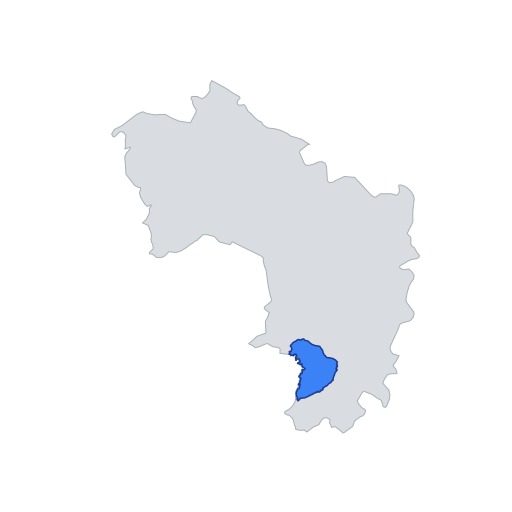 location of Macenta, Macenta, Guinea, rotated 26°
{"feature_id": "49546643B89321000346935", "entity_name": "Macenta", "entity_type": "district", "adm_level": 2, "iso_a3": "GIN", "parent_name": "Guinea", "parent_adm1": "Macenta", "projection": "albers", "projection_center": [-9.435, 8.32], "detail": "fine", "context": "in_parent", "style": "filled", "palette": "blue", "viewbox_px": 512, "rotation_deg": 26, "n_neighbors": 0, "source": "geoboundaries", "source_scale": "gbopen_adm2", "svg_char_len": 8396}
<svg xmlns="http://www.w3.org/2000/svg" viewBox="0 0 512 512"><g transform="rotate(26 256 256)"><path d="M309.2,330.1L305.4,329.6L303.7,330.3L298.6,336.3L295.5,338.7L290.8,337.9L289.0,338.3L287.8,337.7L289.5,334.4L292.0,327.8L298.3,321.3L298.4,319.9L295.9,316.0L293.2,310.8L293.2,305.2L292.7,301.1L287.2,300.0L286.2,299.3L286.0,297.9L289.2,290.9L289.4,289.5L289.0,288.2L285.6,284.6L280.4,278.0L271.3,264.3L268.0,261.4L264.7,257.3L263.5,254.6L260.1,253.7L228.4,253.7L227.8,257.2L216.9,259.5L210.1,256.7L202.7,258.3L199.0,260.1L196.1,268.0L194.5,269.7L192.9,273.2L191.4,275.2L189.7,279.1L186.1,284.6L182.3,288.2L176.0,290.1L173.9,296.0L172.4,298.1L170.0,299.8L167.3,300.9L162.1,299.7L159.2,300.8L158.7,299.3L160.4,294.7L159.1,292.2L154.2,287.3L153.7,285.0L152.2,282.0L145.7,275.7L139.6,276.0L141.4,270.8L141.4,263.9L139.3,260.1L139.9,256.2L138.7,256.4L136.7,259.1L133.4,258.2L126.7,254.0L123.4,250.0L123.1,246.6L122.3,245.2L120.3,245.9L116.1,245.8L103.4,239.6L94.5,224.3L94.4,220.8L95.8,215.0L95.5,213.3L91.3,217.2L90.5,214.6L87.4,208.4L86.5,204.9L83.5,203.3L81.1,203.0L79.1,204.1L76.6,211.2L74.7,211.2L72.8,209.6L73.3,204.3L78.3,197.7L86.7,181.0L89.7,177.2L91.5,175.9L95.4,175.8L103.0,173.6L112.3,168.5L119.4,169.0L127.8,168.5L138.7,165.0L139.0,153.7L138.6,151.2L134.8,148.9L132.5,146.9L130.6,144.4L128.3,142.6L128.4,140.7L133.3,138.4L137.7,138.4L139.2,137.5L140.3,135.9L141.6,131.9L142.1,127.6L139.2,121.8L139.4,117.7L155.4,118.5L164.2,119.7L171.3,120.1L172.5,121.0L171.4,125.0L172.3,127.3L174.8,128.0L178.8,125.2L180.9,125.9L185.4,129.4L189.5,130.3L194.1,132.2L198.3,133.3L202.2,133.2L205.0,135.1L210.3,135.8L217.3,133.4L222.7,132.3L230.3,132.1L234.3,133.0L245.9,131.1L255.0,132.2L253.5,133.5L249.3,142.5L249.8,144.1L259.0,151.8L261.2,152.4L263.8,151.4L267.8,147.9L270.9,144.1L274.0,142.2L277.5,142.3L280.3,145.0L286.8,156.4L288.5,157.8L290.1,157.8L293.0,155.7L294.5,153.2L300.6,145.8L310.1,142.1L332.5,150.7L335.8,151.3L337.8,150.7L340.5,145.6L349.0,141.3L353.1,140.1L355.4,140.0L356.3,138.6L356.7,136.5L356.3,134.4L353.6,130.5L353.6,129.4L355.0,128.7L358.3,128.1L362.4,128.5L367.1,130.1L371.0,132.5L373.2,135.4L377.4,147.3L382.1,156.7L382.0,169.3L384.1,170.5L386.4,171.1L387.4,172.1L389.8,177.2L391.9,178.7L394.5,179.1L399.4,182.4L402.5,183.7L403.0,184.7L402.9,186.1L401.7,187.8L397.0,191.3L394.6,194.3L389.9,201.4L389.7,202.7L390.7,203.7L392.7,203.9L394.8,203.4L399.2,200.7L402.7,201.7L406.1,203.6L407.3,205.7L407.6,208.4L406.9,211.9L406.8,215.8L407.9,222.5L409.7,229.1L411.4,231.5L422.6,237.3L423.7,239.5L424.2,242.0L423.4,245.4L422.3,247.3L416.2,252.5L415.3,255.0L415.8,259.6L416.3,279.1L418.7,282.3L421.6,284.0L428.3,283.0L428.1,288.5L427.2,294.5L431.2,296.4L433.1,298.2L434.2,299.9L428.1,303.2L426.3,305.1L425.4,310.1L425.7,314.8L434.0,318.1L437.2,322.0L438.7,326.1L439.2,333.8L438.5,335.5L436.3,335.6L432.1,330.9L425.6,330.4L420.8,329.6L412.8,330.2L411.4,331.6L410.5,341.8L412.5,343.5L416.3,345.4L418.8,346.2L420.9,346.0L422.5,347.2L422.8,350.6L421.8,353.1L419.7,355.4L417.0,361.3L417.6,366.7L413.1,375.3L411.8,377.0L405.8,375.3L401.9,374.7L399.1,376.9L395.2,373.6L394.4,371.0L393.0,370.4L390.4,370.4L388.0,371.9L386.9,374.6L386.4,380.1L382.0,385.4L378.9,391.9L375.3,391.3L374.6,392.1L370.8,393.8L367.5,394.3L366.6,392.5L364.7,391.1L362.6,388.4L360.2,386.1L355.6,384.5L353.8,385.2L351.6,385.1L350.2,384.2L350.4,382.8L352.8,379.4L354.2,376.3L354.9,372.9L354.9,369.6L353.6,365.1L351.5,361.4L351.0,359.3L351.3,356.3L350.8,353.5L350.1,352.1L349.1,346.8L347.9,345.8L347.2,341.6L347.4,337.2L345.7,335.6L342.8,334.4L341.2,332.7L340.2,330.8L339.2,330.2L338.3,330.3L337.5,331.5L336.6,331.8L335.0,327.7L334.3,327.5L333.1,328.5L320.2,333.0L318.5,329.1L316.0,328.4L311.7,330.0L309.2,330.1Z" fill="#d9dde1" stroke="#a8b0b8" stroke-width="1"/><path d="M375.4,315.6L374.6,315.3L373.9,315.0L372.8,314.6L371.3,314.6L370.1,314.4L368.5,314.9L367.6,315.1L366.4,315.3L365.2,316.0L364.5,316.1L363.4,316.0L362.7,315.8L362.2,315.3L360.6,315.0L359.6,314.1L358.1,312.8L357.3,311.7L356.0,310.9L354.6,310.4L353.2,309.4L351.7,309.5L349.2,310.4L346.5,310.8L345.1,310.9L342.7,310.5L340.6,309.8L340.0,309.7L338.7,309.8L337.9,310.3L337.3,310.3L336.4,310.2L335.3,309.6L334.3,310.3L333.6,310.9L333.2,311.9L332.9,312.0L332.2,312.1L331.8,312.1L331.3,312.3L330.7,312.5L330.5,313.0L330.2,313.1L329.8,313.6L329.6,313.9L329.4,314.3L329.2,315.2L328.6,315.7L328.3,315.9L328.0,316.4L327.6,317.2L327.2,317.8L327.0,318.6L326.9,319.2L326.7,319.9L326.4,320.8L326.3,321.3L326.4,321.9L326.8,322.2L327.3,322.2L327.7,322.5L328.0,322.7L328.4,323.1L328.7,323.4L329.1,324.0L329.2,324.4L329.0,324.7L329.1,325.5L329.2,326.3L329.0,326.7L328.5,326.9L328.1,327.0L327.9,327.3L328.3,327.6L328.6,327.8L328.8,328.1L328.5,328.6L328.6,328.8L328.6,329.1L328.7,329.4L328.8,329.6L329.1,329.7L329.6,329.6L329.9,329.5L330.0,329.4L330.3,329.4L330.9,329.9L330.9,330.0L331.0,330.1L331.4,329.6L331.5,329.5L331.7,329.4L333.2,329.3L333.4,329.2L333.6,329.0L333.6,328.9L333.6,328.6L333.4,328.5L333.4,328.2L333.2,328.2L333.3,327.8L333.4,327.7L333.5,327.6L333.7,327.8L333.8,327.8L333.9,327.7L334.3,327.3L334.4,327.0L334.7,326.9L334.9,326.9L335.4,326.9L335.7,327.1L336.1,327.9L336.6,328.4L336.6,328.6L336.5,328.8L336.3,329.1L336.1,329.7L336.2,330.1L337.2,331.3L337.4,332.1L337.5,332.2L337.9,332.0L338.0,330.7L338.1,330.4L338.4,330.1L338.8,329.9L339.8,329.8L340.3,330.0L340.7,330.5L341.7,331.2L342.0,331.5L342.1,331.9L341.7,332.2L341.6,332.4L341.6,332.5L341.2,332.8L340.6,333.4L340.4,333.9L340.5,334.3L341.1,334.3L341.6,334.1L342.2,334.1L342.7,334.1L343.1,334.1L343.5,334.0L343.7,333.7L343.9,333.5L344.1,333.0L344.2,332.9L344.4,332.8L344.5,332.9L344.8,333.2L344.8,333.3L344.9,333.8L345.1,334.0L345.3,334.3L346.2,335.0L346.7,335.3L349.0,335.5L349.3,335.7L349.5,335.9L349.5,336.1L349.5,336.3L349.3,336.7L349.3,336.8L349.0,337.1L348.9,337.3L347.6,338.0L347.3,338.2L347.6,338.5L348.3,339.0L348.3,339.3L348.1,340.0L348.2,340.3L348.4,340.5L348.6,340.7L348.8,340.8L348.9,341.2L348.9,341.3L347.5,342.4L347.5,342.6L347.9,343.0L347.8,344.1L347.7,344.3L347.5,344.5L347.4,344.7L347.3,344.8L347.3,345.2L347.4,345.6L347.6,345.8L348.1,345.6L348.3,345.7L348.6,346.1L348.9,346.1L349.3,346.0L349.9,346.1L350.0,346.2L350.1,346.3L350.3,347.0L350.2,347.9L350.2,348.2L350.4,348.3L350.5,348.4L350.4,349.4L350.6,350.0L350.9,350.3L350.9,350.5L351.0,350.6L351.1,350.8L351.1,351.1L350.8,351.7L350.7,352.0L350.4,352.3L350.3,352.6L350.3,352.8L350.5,353.0L351.3,352.5L351.8,352.3L352.0,352.3L352.0,352.6L351.9,352.8L351.8,353.4L351.9,353.6L352.3,353.8L352.3,354.0L352.3,354.7L352.8,355.4L352.8,355.6L352.8,356.1L352.7,356.1L352.2,356.5L351.7,357.3L351.9,358.5L352.1,359.0L351.8,359.8L352.2,361.1L352.2,361.6L352.5,362.2L352.8,362.4L353.0,362.9L353.0,363.0L353.6,363.5L353.8,364.3L354.0,364.4L354.0,364.5L354.4,364.6L354.9,364.6L355.4,365.0L355.6,365.8L355.5,366.0L355.9,366.1L355.9,366.3L355.9,366.6L355.8,366.8L355.9,367.0L356.3,367.1L356.6,367.5L357.1,367.7L357.5,367.4L357.7,366.6L358.1,365.9L358.0,365.5L358.0,364.9L358.1,364.7L359.1,363.9L359.9,363.4L360.5,363.0L361.0,362.6L361.9,362.2L362.4,361.7L362.7,361.3L362.9,361.0L363.3,360.6L363.9,359.9L364.1,359.7L364.4,359.3L364.7,358.7L365.0,358.0L365.7,357.9L365.9,357.5L366.0,357.3L366.1,357.1L366.2,356.8L366.5,356.4L366.7,356.1L367.0,356.0L367.9,354.8L368.0,354.5L368.2,353.9L368.8,353.4L369.0,353.3L369.5,352.8L369.8,352.4L370.0,352.2L369.9,351.9L370.1,351.4L370.5,351.2L370.8,350.9L371.0,351.1L371.3,351.2L371.5,351.0L371.8,350.9L372.3,350.6L372.6,350.4L372.8,350.2L373.0,349.7L372.9,349.3L372.8,348.8L372.9,348.6L373.2,348.7L373.5,348.7L373.6,348.3L374.0,347.9L374.2,347.5L374.3,347.3L374.7,346.8L374.7,346.4L374.6,346.2L374.0,345.7L374.0,345.4L374.2,345.1L374.5,344.7L374.6,344.2L374.9,344.0L375.1,343.6L375.2,343.4L375.5,342.9L375.6,342.5L375.9,342.2L376.2,341.9L376.5,341.8L376.8,341.0L377.1,339.8L377.3,339.1L377.7,338.2L378.4,337.5L378.7,336.9L378.9,336.1L379.0,335.2L379.1,334.4L379.4,334.3L379.7,334.1L379.6,333.5L379.1,332.8L379.1,332.7L379.0,332.1L378.8,330.9L378.7,330.1L378.6,329.5L378.6,328.6L378.5,327.9L378.4,327.3L378.3,326.9L378.2,326.3L378.3,325.7L378.4,325.2L378.6,324.7L378.8,324.0L378.9,323.4L378.8,322.7L378.0,322.7L377.5,322.6L377.5,322.1L377.6,321.7L377.4,321.7L377.2,321.4L377.4,321.0L377.5,320.6L377.4,320.4L377.1,320.0L377.4,319.8L377.5,319.5L376.7,319.4L376.8,318.4L376.3,318.5L376.2,318.0L376.1,317.6L375.8,317.5L375.6,316.4L375.7,315.7L375.4,315.6Z" fill="#3b82f6" stroke="#1e3a8a" stroke-width="1.5"/></g></svg>